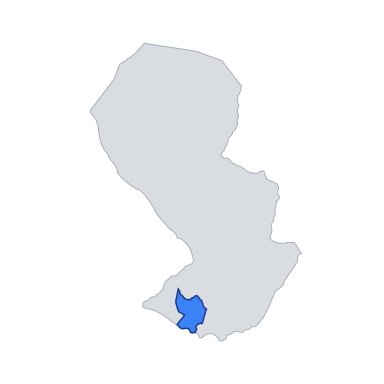 where Misiones sits in Paraguay, rotated 21°
{"feature_id": "PRY-609", "entity_name": "Misiones", "entity_type": "Department", "adm_level": 1, "iso_a3": "PRY", "parent_name": "Paraguay", "parent_adm1": "", "projection": "mercator", "projection_center": [-57.038, -26.955], "detail": "fine", "context": "in_parent", "style": "filled", "palette": "blue", "viewbox_px": 384, "rotation_deg": 21, "n_neighbors": 0, "source": "natural_earth", "source_scale": "10m", "svg_char_len": 4885}
<svg xmlns="http://www.w3.org/2000/svg" viewBox="0 0 384 384"><g transform="rotate(21 192 192)"><path d="M200.5,86.3L201.1,88.6L201.5,90.3L202.5,91.6L203.5,93.3L204.4,94.2L205.1,95.8L204.9,97.5L205.3,99.8L205.8,101.8L206.3,102.3L207.7,102.9L208.4,104.7L207.9,105.6L208.1,106.6L208.6,107.7L208.1,108.6L208.4,109.4L209.3,110.1L210.2,112.6L210.3,116.9L209.3,119.2L208.5,121.1L208.4,122.2L208.9,123.9L208.0,125.9L206.8,128.3L207.1,130.0L207.3,131.6L207.4,133.3L207.7,134.8L207.3,136.5L206.9,138.0L206.7,139.7L207.2,141.6L206.3,143.4L205.8,144.6L205.6,145.9L206.5,147.9L208.7,148.7L210.5,149.0L212.2,147.9L213.4,147.6L215.8,148.5L217.9,150.2L220.7,150.4L223.1,150.8L225.0,151.3L227.7,150.6L230.5,151.3L233.9,152.2L236.6,153.1L239.3,152.9L241.4,152.8L243.5,151.8L245.6,151.9L247.2,150.2L248.0,148.7L248.8,147.7L251.1,146.9L252.6,147.4L253.9,150.1L256.1,151.7L257.0,152.9L258.7,153.4L262.3,153.5L264.5,153.4L267.1,154.2L268.8,154.2L270.2,155.7L271.6,157.5L271.8,160.8L273.1,163.3L274.7,164.3L275.6,165.9L275.3,168.1L274.5,170.3L274.6,172.8L275.5,175.0L275.5,177.2L276.1,179.5L277.3,181.4L277.6,184.4L277.4,186.7L278.2,188.0L278.5,189.8L278.0,191.3L277.8,193.3L277.9,195.1L278.5,196.6L280.3,198.5L280.8,201.9L280.8,204.3L281.6,207.1L283.0,208.3L285.4,208.8L288.1,209.2L291.4,208.6L294.4,207.8L296.0,207.1L299.2,205.0L302.1,203.9L303.5,203.1L304.9,202.6L307.7,203.9L310.4,205.5L312.4,207.7L316.3,210.2L315.5,210.8L314.0,212.8L314.0,215.1L315.1,218.5L314.1,225.8L311.2,236.8L310.0,243.2L310.5,245.1L309.4,248.3L305.4,255.2L305.2,259.9L304.7,274.0L303.4,284.0L301.1,291.4L299.0,295.4L297.1,295.8L295.8,297.0L295.0,298.9L293.4,300.5L291.2,301.7L290.0,303.1L289.8,304.6L287.7,305.6L283.6,306.0L281.2,307.2L280.5,309.1L279.2,310.7L277.2,311.9L276.2,313.8L276.3,316.4L275.1,318.7L272.7,320.7L270.5,320.7L268.5,318.9L265.7,317.7L262.3,317.1L259.4,317.5L257.2,319.1L255.1,321.5L253.3,324.7L251.4,325.3L249.2,323.1L246.5,322.4L243.1,323.3L240.5,323.0L238.5,321.5L235.5,321.4L231.4,322.5L223.2,321.2L210.7,317.4L200.2,316.0L187.3,317.3L186.2,313.4L186.9,311.3L189.0,309.7L190.3,307.9L190.9,305.8L192.3,304.3L194.7,303.2L195.7,302.2L195.3,301.1L195.8,300.1L197.2,299.3L197.9,298.0L198.1,296.2L198.6,295.3L199.5,294.6L199.6,293.4L199.1,289.6L199.2,286.4L199.8,284.0L200.6,282.5L201.2,282.1L201.7,281.3L201.9,279.8L202.8,278.4L206.9,275.6L208.4,274.1L208.6,272.7L209.2,270.8L211.6,266.7L212.4,264.9L212.4,263.9L213.3,262.9L216.2,260.7L217.8,258.6L218.1,256.6L217.4,254.3L215.7,251.8L210.5,245.6L206.4,242.7L201.2,240.4L197.7,239.6L196.1,240.4L194.4,239.8L192.7,237.7L189.8,236.0L183.8,234.2L170.1,226.9L164.6,223.3L162.8,221.2L157.7,217.3L149.3,211.7L142.8,208.9L138.3,209.1L131.2,207.5L121.3,204.0L115.6,200.7L114.0,197.5L110.4,194.3L104.6,191.1L101.6,189.0L101.4,188.0L99.7,186.7L96.5,185.0L92.9,182.3L89.1,178.3L85.0,172.2L80.7,164.0L76.0,158.4L71.0,155.6L68.5,153.7L68.5,152.8L67.7,151.9L68.4,150.3L70.2,144.1L72.9,135.0L75.6,125.7L78.8,114.8L78.8,107.0L78.8,98.8L83.4,92.1L86.6,87.4L89.4,82.9L92.3,75.1L94.2,70.0L101.4,68.8L113.7,66.1L119.8,64.7L132.7,61.9L145.9,59.1L159.7,58.9L173.0,58.7L183.3,65.1L191.2,70.0L199.9,75.4L200.5,76.5L201.1,81.1L200.5,86.3Z" fill="#d9dde1" stroke="#a8b0b8" stroke-width="1"/><path d="M231.5,323.2L230.4,323.1L230.1,323.1L229.4,323.1L229.1,323.0L228.8,322.8L228.0,322.1L227.7,322.0L226.4,321.6L226.1,321.5L225.8,321.3L225.6,321.1L226.1,318.9L228.8,311.3L229.0,310.0L228.7,309.5L227.9,309.3L222.5,308.5L222.3,308.3L218.9,304.3L216.4,300.8L216.2,300.2L216.0,299.6L213.9,287.4L214.9,288.0L215.4,288.6L215.6,288.8L215.9,289.0L216.1,289.2L216.3,289.5L216.5,290.1L216.6,290.3L216.8,290.6L217.5,291.0L217.9,291.5L218.1,291.8L218.5,292.0L220.7,292.5L221.1,292.7L221.3,293.0L221.6,293.3L222.0,293.5L222.8,293.7L223.3,294.0L223.9,294.3L224.7,294.4L227.3,293.8L228.8,293.3L229.2,293.0L229.4,292.7L229.4,292.3L229.4,291.8L229.5,291.4L229.6,291.1L229.9,290.9L230.3,290.7L230.5,290.5L230.7,290.4L230.7,290.2L230.8,290.1L231.0,289.9L231.3,289.7L231.5,289.3L231.6,289.0L231.8,288.6L232.1,288.2L232.4,287.8L232.9,287.4L233.0,287.3L233.3,287.2L233.6,287.2L233.9,287.1L234.2,287.1L234.4,287.2L234.6,287.3L236.4,288.2L237.0,288.6L238.0,289.4L238.6,289.8L239.1,289.8L239.5,289.7L239.8,289.9L240.1,290.0L241.1,291.7L242.0,292.2L242.2,292.4L242.4,292.8L242.7,293.3L243.2,294.2L243.7,294.6L245.0,295.5L245.4,295.7L245.8,295.8L246.8,295.8L247.3,296.0L247.5,296.2L247.6,296.5L247.5,296.8L247.4,297.2L247.3,297.3L247.4,297.7L248.6,309.7L248.5,310.9L248.2,311.4L246.7,311.6L246.2,311.9L245.5,312.8L245.2,313.0L244.9,313.2L244.6,313.5L244.4,314.0L244.0,315.4L243.9,316.1L243.9,316.6L244.1,316.9L244.3,317.2L245.4,318.2L245.5,318.3L245.6,318.6L245.6,318.8L245.5,319.0L245.4,319.1L245.3,319.4L245.3,319.6L245.4,321.9L244.1,322.3L242.6,323.5L241.5,323.7L240.4,323.1L238.6,321.2L237.6,320.8L236.5,320.9L235.4,321.3L232.5,323.0L231.5,323.2Z" fill="#3b82f6" stroke="#1e3a8a" stroke-width="1.5"/></g></svg>